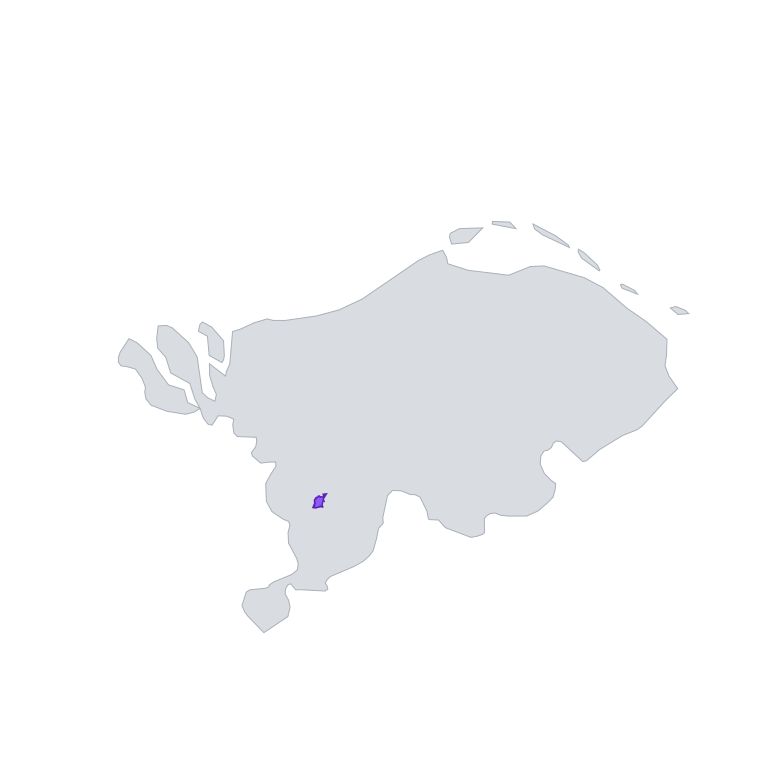 Nuenen, Gerwen en Nederwetten, Noord-Brabant, Netherlands shown in context, rotated 44°
{"feature_id": "6326949B11181264963907", "entity_name": "Nuenen, Gerwen en Nederwetten", "entity_type": "district", "adm_level": 2, "iso_a3": "NLD", "parent_name": "Netherlands", "parent_adm1": "Noord-Brabant", "projection": "albers", "projection_center": [5.532, 51.486], "detail": "fine", "context": "in_parent", "style": "filled", "palette": "violet", "viewbox_px": 768, "rotation_deg": 44, "n_neighbors": 0, "source": "geoboundaries", "source_scale": "gbopen_adm2", "svg_char_len": 4932}
<svg xmlns="http://www.w3.org/2000/svg" viewBox="0 0 768 768"><g transform="rotate(44 384 384)"><path d="M470.3,646.3L458.6,645.9L447.7,645.6L441.9,644.7L435.7,642.0L432.9,636.3L429.5,629.5L430.4,625.3L440.6,613.3L442.1,610.0L441.1,608.2L442.1,603.0L449.9,585.2L450.8,578.0L447.3,573.0L442.3,570.1L425.9,564.8L418.1,557.4L414.5,550.9L410.8,549.1L405.5,551.3L391.9,553.6L380.9,550.1L368.0,537.7L365.0,526.7L363.5,518.3L360.3,515.4L355.9,519.6L350.3,526.5L339.4,527.2L336.3,525.5L335.8,521.8L335.2,518.1L332.3,513.6L329.1,511.1L315.1,523.6L310.0,523.5L303.6,518.5L300.4,513.7L293.3,516.3L286.8,522.1L288.9,533.1L285.4,535.1L277.5,534.0L268.7,529.3L258.8,526.4L244.0,518.5L222.9,524.2L208.5,516.4L196.4,515.4L189.0,509.3L181.2,499.1L187.1,492.8L192.7,490.7L214.8,490.0L230.8,494.3L259.3,516.5L266.6,516.4L274.4,513.9L270.6,507.9L263.4,505.0L252.7,499.0L244.3,490.7L264.5,488.4L261.8,484.2L259.3,476.9L238.6,451.4L242.4,444.7L248.0,430.3L254.8,418.3L260.2,415.2L268.9,406.8L288.1,382.0L300.3,361.7L309.4,337.6L323.1,270.9L327.0,259.6L333.3,247.0L341.0,249.5L346.4,253.2L365.5,243.8L398.1,219.2L407.7,197.8L417.1,187.9L454.2,168.4L474.7,162.5L506.3,160.7L529.1,156.9L556.5,155.3L567.2,167.0L573.4,175.7L583.3,180.3L598.5,183.3L598.0,200.7L598.9,234.8L597.9,240.9L591.3,255.5L584.6,281.5L583.0,298.6L580.8,301.8L551.6,302.3L547.5,305.3L546.9,309.0L548.5,313.4L547.8,317.7L545.6,321.3L546.9,326.9L552.1,333.2L561.5,337.0L571.4,337.2L576.6,336.4L580.4,340.9L584.2,347.9L584.1,356.8L582.9,368.7L578.4,379.8L565.0,392.8L559.0,397.4L553.3,399.8L550.6,403.2L549.4,407.4L549.7,411.2L559.6,421.2L559.4,423.6L556.7,428.9L553.0,434.0L528.0,444.7L517.6,444.0L511.7,449.3L509.8,450.3L503.2,445.6L488.4,440.3L482.9,442.2L479.9,445.2L470.6,448.9L464.0,454.7L464.1,462.0L475.9,480.9L480.1,484.6L480.4,491.7L486.1,500.5L492.1,511.6L492.8,518.7L492.2,525.9L489.2,536.0L479.1,559.9L479.1,564.5L480.0,568.0L483.5,568.9L486.2,570.7L485.4,573.9L466.2,590.5L463.7,593.4L455.6,592.6L454.4,595.4L455.5,599.9L458.7,603.7L465.6,605.8L471.6,609.9L476.4,618.1L470.3,646.3ZM268.7,529.3L266.9,536.1L262.3,543.6L247.0,554.3L231.2,561.1L223.0,560.0L217.6,556.1L214.7,552.1L206.3,548.1L194.8,545.9L187.5,549.8L182.3,553.6L177.8,552.8L174.5,549.4L172.1,544.4L169.1,528.5L177.8,525.9L196.4,525.3L210.7,531.2L229.6,534.3L244.3,527.1L255.6,533.7L268.7,529.3ZM238.6,464.4L249.4,474.5L251.7,477.8L252.5,481.2L238.4,484.9L223.8,472.3L213.8,475.0L210.3,469.1L210.3,465.5L220.6,462.7L238.6,464.4ZM346.4,223.6L335.4,236.4L328.9,232.7L327.0,229.7L330.4,219.7L346.6,203.1L346.4,223.6ZM394.7,166.5L384.6,167.9L380.0,165.4L404.4,158.2L419.9,156.0L422.6,157.0L394.7,166.5ZM460.2,153.1L438.8,156.2L431.6,154.0L430.4,151.9L436.2,150.6L454.5,150.2L460.1,152.0L460.2,153.1ZM371.0,180.6L350.8,193.8L349.1,191.7L362.1,180.1L371.0,180.6ZM547.2,129.7L537.2,130.4L540.0,125.6L549.3,121.8L554.3,121.7L547.2,129.7ZM504.0,143.3L488.8,149.7L485.1,148.4L486.0,146.6L499.3,142.6L504.0,143.3Z" fill="#d9dde1" stroke="#a8b0b8" stroke-width="1"/><path d="M418.8,522.0L421.0,520.6L421.1,520.3L421.6,519.4L422.3,518.3L423.4,516.6L423.1,516.5L423.1,516.4L422.9,516.3L422.9,516.2L423.4,516.1L423.7,516.0L424.0,515.9L424.4,515.7L424.6,515.6L425.0,515.4L425.4,515.2L425.2,514.9L424.4,514.5L423.2,513.7L421.4,510.5L422.2,510.0L421.0,509.6L420.8,509.3L420.0,508.2L418.9,503.0L418.1,504.0L417.8,504.4L417.7,504.5L417.0,505.4L417.3,505.4L417.6,505.4L417.7,505.2L417.8,505.2L417.8,505.3L417.9,505.2L418.0,505.2L418.4,505.6L418.6,505.6L418.6,505.8L418.5,506.0L418.7,506.3L418.1,506.2L418.1,506.4L418.2,506.5L418.3,506.8L418.4,507.0L418.5,507.0L418.7,507.5L418.5,507.8L418.4,507.8L418.1,508.2L418.1,508.3L417.9,508.5L417.7,508.6L417.5,508.8L417.4,508.8L417.2,509.0L417.1,508.9L417.0,509.0L416.8,509.2L416.7,509.4L416.6,509.5L416.4,509.5L416.5,509.6L416.4,509.7L416.2,509.6L415.9,509.5L415.7,509.6L415.4,509.7L415.3,509.8L415.2,509.9L415.1,510.0L414.9,510.0L414.7,510.1L414.6,510.3L414.7,510.5L414.8,510.5L415.0,510.6L415.0,510.8L415.1,511.0L415.3,511.1L415.2,511.1L415.1,511.3L414.9,511.6L414.9,511.8L414.8,512.0L414.7,512.1L414.4,512.2L414.4,512.3L414.4,512.5L414.3,512.8L414.2,512.9L414.1,513.0L414.3,513.3L414.4,513.5L414.5,513.6L414.6,513.8L414.4,513.8L414.4,514.0L414.5,514.1L414.4,514.4L414.4,514.5L414.4,514.8L414.4,515.0L414.5,515.3L414.5,515.5L414.8,515.9L414.9,516.0L415.0,516.0L415.2,516.3L415.3,516.3L415.5,516.4L415.5,516.5L415.6,516.8L415.8,516.9L415.9,517.0L416.0,517.0L416.2,517.3L416.3,517.3L416.7,517.4L416.8,517.4L416.9,517.5L417.0,517.6L417.2,517.8L417.1,518.0L417.2,518.3L417.3,518.5L417.4,518.8L417.5,518.7L417.5,518.8L417.6,519.0L417.8,519.1L417.9,519.3L418.0,519.3L418.0,519.5L417.9,519.6L417.9,519.8L417.9,520.0L418.0,520.0L417.9,520.1L417.9,520.3L418.0,520.3L418.1,520.5L418.2,520.8L418.2,521.0L418.3,521.0L418.3,520.9L418.5,520.9L418.4,521.0L418.5,521.1L418.5,521.3L418.7,521.5L418.7,521.4L418.7,521.5L418.8,521.8L418.8,522.0Z" fill="#8b5cf6" stroke="#5b21b6" stroke-width="1.5"/></g></svg>